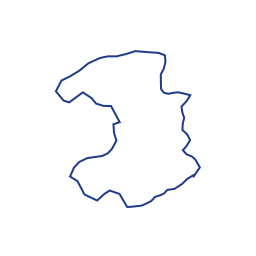 Yesan-gun, South Chungcheong, South Korea, rotated 43°
{"feature_id": "91817680B1629367715088", "entity_name": "Yesan-gun", "entity_type": "district", "adm_level": 2, "iso_a3": "KOR", "parent_name": "South Korea", "parent_adm1": "South Chungcheong", "projection": "equal_earth", "projection_center": [126.793, 36.657], "detail": "fine", "context": "isolated", "style": "outline", "palette": "blue", "viewbox_px": 256, "rotation_deg": 43, "n_neighbors": 0, "source": "geoboundaries", "source_scale": "gbopen_adm2", "svg_char_len": 1089}
<svg xmlns="http://www.w3.org/2000/svg" viewBox="0 0 256 256"><g transform="rotate(43 128 128)"><path d="M209.0,118.4L207.4,107.8L198.9,105.2L194.3,105.2L188.8,107.3L183.2,106.8L183.2,101.9L181.7,94.5L175.7,92.3L169.1,92.3L165.1,87.5L162.1,82.2L157.0,79.5L152.5,75.8L152.5,67.8L151.2,61.6L144.8,65.0L140.2,67.8L137.0,71.5L134.1,75.6L130.2,77.7L125.7,77.0L121.2,72.5L115.4,66.4L113.8,60.3L110.3,54.1L105.4,49.7L99.3,52.1L90.4,59.3L80.9,66.8L79.3,69.7L76.2,75.1L70.7,83.5L64.4,89.3L59.7,96.0L54.9,107.7L53.3,119.3L50.2,130.2L48.1,135.7L47.0,138.6L50.2,150.3L62.0,151.9L67.5,149.4L70.7,132.7L80.9,131.0L88.0,131.9L95.1,128.5L100.6,123.5L117.9,129.4L114.8,135.2L121.1,141.1L128.2,145.2L130.5,154.4L130.5,160.3L128.2,166.1L123.4,172.0L118.7,177.9L115.5,186.2L115.5,193.8L118.7,203.0L127.4,201.3L128.7,201.8L141.5,206.3L154.9,202.1L155.7,192.1L157.3,186.2L166.8,182.0L181.2,186.3L183.5,184.1L190.9,175.5L192.9,170.7L194.8,165.6L194.8,159.8L197.4,155.3L199.0,151.2L199.0,146.4L203.5,140.9L205.7,132.0L206.1,124.5L208.0,118.0L209.0,118.4Z" fill="none" stroke="#1e3a8a" stroke-width="2"/></g></svg>